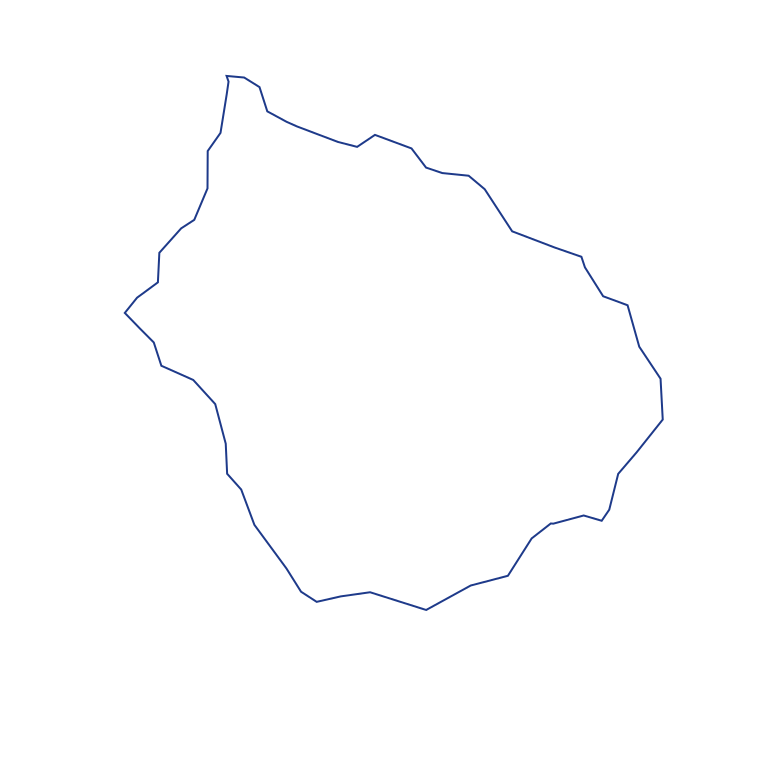 Kato Kivides, Limassol, Cyprus, rotated 204°
{"feature_id": "46923920B9488855208630", "entity_name": "Kato Kivides", "entity_type": "district", "adm_level": 2, "iso_a3": "CYP", "parent_name": "Cyprus", "parent_adm1": "Limassol", "projection": "natural_earth1", "projection_center": [32.873, 34.766], "detail": "fine", "context": "isolated", "style": "outline", "palette": "blue", "viewbox_px": 768, "rotation_deg": 204, "n_neighbors": 0, "source": "geoboundaries", "source_scale": "gbopen_adm2", "svg_char_len": 886}
<svg xmlns="http://www.w3.org/2000/svg" viewBox="0 0 768 768"><g transform="rotate(204 384 384)"><path d="M356.9,157.6L337.1,172.4L312.0,188.1L253.6,194.7L222.8,235.2L192.8,259.2L186.3,303.0L174.9,324.4L172.5,325.3L148.1,345.1L129.5,347.6L127.1,360.8L133.5,397.2L125.4,424.4L114.9,464.9L133.5,501.3L166.0,521.9L193.5,555.0L219.5,553.3L247.9,572.3L255.4,580.5L283.6,578.1L329.0,575.6L371.2,602.9L391.4,608.7L416.6,600.4L433.6,598.8L454.7,610.4L493.6,607.9L505.0,589.7L524.5,586.4L568.3,583.9L579.6,583.9L601.5,585.6L618.5,604.6L636.4,607.1L653.1,601.4L649.0,597.0L645.5,584.6L635.5,546.9L639.8,525.1L624.8,490.9L624.1,456.8L632.6,443.7L642.6,412.5L631.9,384.9L644.7,362.4L649.7,343.5L629.8,335.5L611.2,328.3L594.8,310.1L559.9,310.1L530.0,297.0L504.3,265.1L490.8,238.2L471.5,229.5L445.1,202.6L398.1,175.8L375.3,160.5L356.9,157.6Z" fill="none" stroke="#1e3a8a" stroke-width="2"/></g></svg>